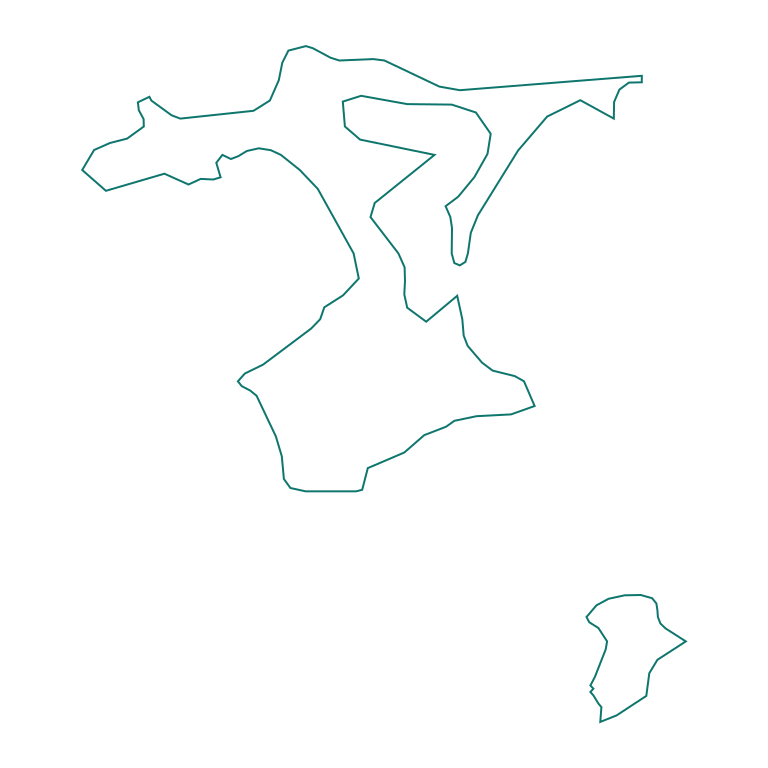 map outline of Chatham Islands Territory (Equal Earth projection)
{"feature_id": "NZL-5470", "entity_name": "Chatham Islands Territory", "entity_type": "Special Island Authority", "adm_level": 1, "iso_a3": "NZL", "parent_name": "New Zealand", "parent_adm1": "", "projection": "equal_earth", "projection_center": [-176.452, -44.022], "detail": "fine", "context": "isolated", "style": "outline", "palette": "teal", "viewbox_px": 768, "rotation_deg": 0, "n_neighbors": 0, "source": "natural_earth", "source_scale": "10m", "svg_char_len": 1849}
<svg xmlns="http://www.w3.org/2000/svg" viewBox="0 0 768 768"><path d="M467.9,253.4L465.4,261.9L459.8,265.4L454.3,263.0L451.7,253.4L452.0,228.0L450.3,216.9L445.6,206.2L458.2,196.7L474.4,177.1L487.5,153.9L490.7,133.8L475.9,112.5L451.7,104.6L407.2,104.1L361.1,95.8L342.8,101.6L344.9,126.5L360.1,139.6L434.5,154.9L374.7,203.0L370.5,217.1L398.4,253.4L404.6,267.3L405.0,280.9L404.3,294.4L407.2,307.7L426.2,321.7L457.2,295.8L462.3,319.2L463.7,335.6L467.6,345.8L482.0,362.6L492.6,370.6L514.8,376.1L524.0,381.3L534.6,406.0L511.0,414.4L476.5,416.2L454.4,420.8L446.1,426.7L424.3,435.1L404.3,452.5L367.8,468.1L362.2,489.8L356.2,491.3L305.5,491.3L290.4,488.0L283.9,479.0L281.8,456.3L275.9,436.5L256.6,395.8L250.1,390.5L241.8,386.2L237.9,381.3L244.9,373.5L263.1,364.6L311.2,328.5L320.2,319.2L324.3,307.3L343.1,295.3L358.8,278.5L353.6,253.4L317.8,188.9L299.8,170.0L280.9,154.9L270.8,150.2L258.8,148.3L246.8,151.0L238.3,156.2L230.9,159.0L222.4,154.9L216.3,162.8L220.6,177.3L213.4,179.5L200.7,178.9L188.5,184.5L164.4,173.7L105.9,190.8L82.2,170.0L94.1,150.0L109.9,143.0L127.1,138.6L143.8,126.5L143.6,119.1L138.8,110.2L137.9,102.3L149.4,96.8L151.4,100.6L171.6,115.3L180.3,118.6L253.5,110.8L269.9,100.5L278.8,80.2L282.3,62.7L288.4,50.6L305.9,46.1L312.8,48.2L330.5,57.7L339.3,60.5L373.4,59.1L384.4,60.5L439.4,86.6L459.9,90.2L641.8,75.8L641.8,82.3L628.9,82.6L619.4,89.6L614.1,102.0L613.8,118.6L580.3,100.2L547.1,116.6L518.1,150.5L477.9,215.3L470.8,232.8L467.9,253.4ZM660.4,623.5L665.5,628.4L685.8,641.4L657.4,659.8L649.3,673.2L646.3,695.9L616.6,715.4L600.3,721.9L601.4,707.1L598.5,703.7L593.4,695.4L590.4,692.0L593.4,688.7L590.4,685.5L594.9,676.9L605.7,649.4L607.1,641.4L598.4,628.0L589.3,622.3L586.5,617.0L596.5,605.3L608.5,598.8L624.7,595.3L640.7,595.0L652.1,598.2L656.4,603.5L657.4,610.2L657.9,617.0L660.4,623.5Z" fill="none" stroke="#0f766e" stroke-width="2"/></svg>